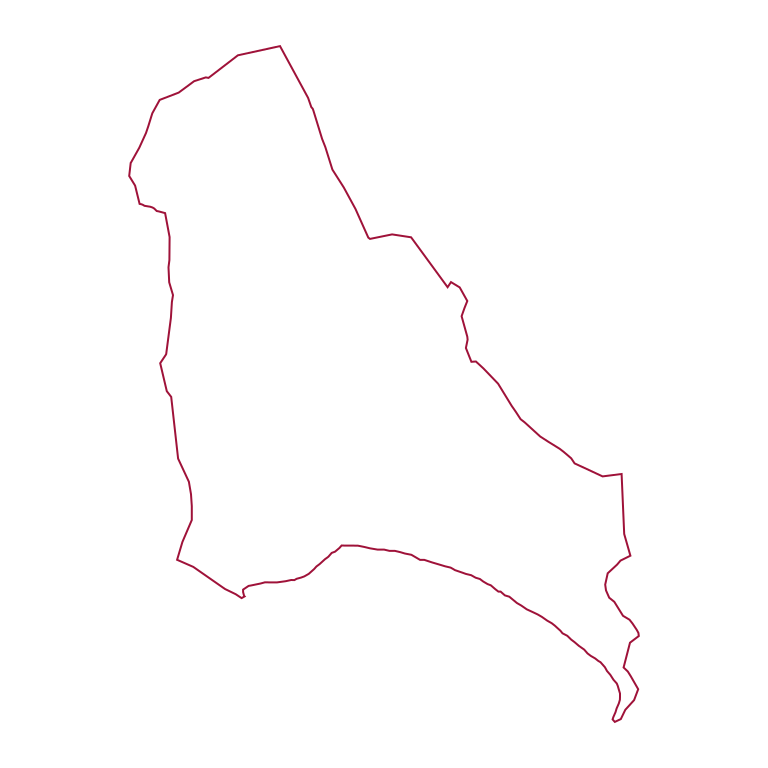 Konshisha, Benue, Nigeria (Robinson projection)
{"feature_id": "59680162B50777093344409", "entity_name": "Konshisha", "entity_type": "district", "adm_level": 2, "iso_a3": "NGA", "parent_name": "Nigeria", "parent_adm1": "Benue", "projection": "robinson", "projection_center": [8.769, 7.045], "detail": "fine", "context": "isolated", "style": "outline", "palette": "rose", "viewbox_px": 768, "rotation_deg": 0, "n_neighbors": 0, "source": "geoboundaries", "source_scale": "gbopen_adm2", "svg_char_len": 2771}
<svg xmlns="http://www.w3.org/2000/svg" viewBox="0 0 768 768"><path d="M411.1,237.3L392.1,234.4L370.0,238.9L368.3,237.6L355.5,209.0L343.8,187.5L332.4,169.6L325.3,147.0L322.1,138.9L313.4,110.6L312.7,108.7L311.3,107.1L308.1,97.9L280.0,46.1L237.9,55.3L208.5,77.9L205.8,77.4L194.1,81.2L178.7,92.6L159.7,99.9L152.3,113.3L148.3,126.2L146.0,133.0L139.3,147.7L130.9,162.7L130.7,162.9L129.2,176.0L135.1,185.6L139.6,203.9L141.2,204.2L142.6,204.7L143.7,205.3L144.4,205.8L145.1,205.9L148.1,206.4L150.1,206.7L152.5,207.5L154.2,208.5L156.7,211.0L158.7,211.4L165.1,213.1L169.6,237.1L169.5,248.6L169.4,260.1L168.5,267.3L169.2,282.3L173.0,295.1L171.9,302.0L170.9,317.9L166.2,354.0L165.8,354.8L160.2,363.2L166.8,391.2L171.2,396.9L178.1,458.6L188.9,481.8L191.0,494.2L191.8,506.2L191.8,520.0L182.4,542.0L177.1,559.8L193.3,566.9L225.0,589.0L235.7,594.2L241.6,598.1L244.6,596.4L244.1,595.9L243.1,592.1L243.1,589.6L248.6,585.9L250.9,585.5L260.6,583.5L265.0,582.3L269.9,582.4L270.4,582.4L277.0,582.4L285.7,581.2L291.2,580.0L294.4,580.1L296.6,578.8L301.0,577.6L304.3,576.4L307.8,574.4L308.7,573.9L314.2,569.0L316.4,566.5L319.6,564.1L325.1,559.1L327.1,557.7L328.4,556.7L331.7,552.9L335.0,551.7L339.4,548.0L341.6,545.5L344.9,545.6L352.5,545.6L358.0,545.7L360.1,546.1L364.5,547.0L369.9,548.3L377.6,549.6L384.1,549.6L389.6,550.9L395.0,550.9L400.5,552.2L404.8,553.5L407.3,554.0L408.9,554.3L411.4,554.8L415.7,557.3L420.1,559.9L424.4,559.9L432.0,562.4L436.4,563.7L440.8,565.0L445.1,566.3L450.6,567.6L453.3,569.1L454.9,570.1L462.5,572.7L465.8,573.9L471.2,575.2L475.6,577.7L479.9,579.0L483.2,581.5L487.6,584.1L490.8,585.3L495.2,589.1L498.4,591.6L500.6,591.6L504.9,595.4L509.3,596.7L516.9,603.0L521.2,605.5L524.7,607.9L526.7,609.3L532.1,611.8L537.6,614.4L541.9,616.9L547.3,620.7L551.7,623.2L554.9,625.7L557.4,628.0L560.4,630.7L562.5,633.3L567.3,635.8L571.2,639.6L574.5,642.1L578.8,645.8L584.2,649.6L587.5,653.4L590.8,655.9L595.1,658.4L598.4,661.0L600.5,662.2L602.7,664.7L604.9,667.2L607.0,671.0L610.3,674.8L613.5,679.8L616.8,683.5L617.8,686.0L618.9,689.8L620.0,693.5L620.0,697.3L619.9,699.8L618.8,703.5L616.6,708.5L615.5,712.2L613.3,717.2L612.6,719.4L614.8,721.9L620.8,719.1L625.3,709.8L634.1,700.1L638.2,689.2L630.8,676.3L627.8,671.5L623.6,667.5L630.0,642.7L638.8,636.0L638.4,632.9L636.7,629.8L632.5,623.5L629.5,619.7L623.0,615.8L614.3,601.8L609.2,597.7L606.0,590.4L605.2,584.6L607.7,573.3L617.1,564.6L620.5,560.6L630.4,555.7L624.2,534.0L621.6,474.0L602.6,476.4L574.6,463.4L571.2,458.3L563.7,451.9L559.7,448.8L548.7,442.0L540.2,436.5L524.6,422.3L520.6,419.2L516.0,412.1L511.7,405.9L498.1,383.7L483.4,368.4L475.9,361.5L471.4,361.8L465.9,348.0L467.6,339.7L467.3,336.7L461.6,316.2L464.5,308.0L467.3,301.0L459.7,287.4L451.0,282.1L447.6,287.2L411.1,237.3Z" fill="none" stroke="#9f1239" stroke-width="2"/></svg>